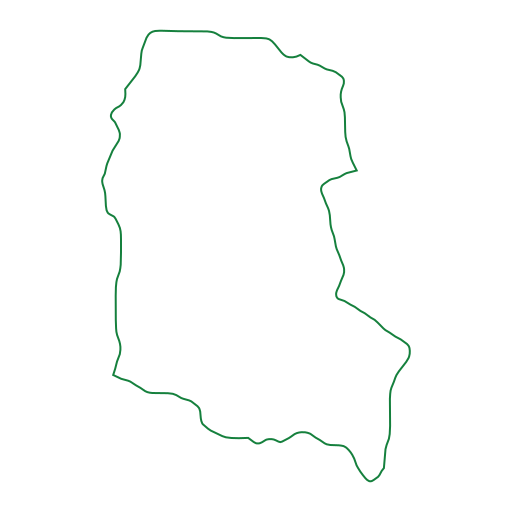 outline of El Cercado, San Juan, Dominican Republic
{"feature_id": "3306468B41168482841480", "entity_name": "El Cercado", "entity_type": "district", "adm_level": 2, "iso_a3": "DOM", "parent_name": "Dominican Republic", "parent_adm1": "San Juan", "projection": "equal_earth", "projection_center": [-71.477, 18.706], "detail": "fine", "context": "isolated", "style": "outline", "palette": "green", "viewbox_px": 512, "rotation_deg": 0, "n_neighbors": 0, "source": "geoboundaries", "source_scale": "gbopen_adm2", "svg_char_len": 3667}
<svg xmlns="http://www.w3.org/2000/svg" viewBox="0 0 512 512"><path d="M222.3,436.1L225.9,437.3L231.5,438.0L238.8,438.2L248.2,437.9L253.7,442.0L255.7,443.1L256.8,443.4L259.0,443.4L260.1,443.1L262.1,442.2L265.8,439.9L266.9,439.5L269.2,439.1L271.5,439.1L273.8,439.5L275.8,440.3L278.5,441.6L280.3,442.1L282.1,441.6L288.8,438.1L290.8,436.8L294.6,434.1L296.8,433.1L299.1,432.5L301.5,432.2L305.2,432.3L307.6,432.8L309.9,433.6L310.9,434.2L315.6,437.6L319.8,440.0L324.6,443.3L326.7,444.3L330.3,445.0L338.8,445.3L341.2,445.6L343.6,446.1L345.8,447.3L346.9,448.2L348.8,450.1L350.6,452.3L352.2,454.7L354.2,458.6L356.6,465.4L358.0,467.9L360.3,471.6L362.8,475.0L365.3,478.1L367.1,479.9L369.1,481.1L370.1,481.3L371.2,481.2L372.1,480.9L373.8,479.9L378.1,476.8L379.5,475.0L381.7,470.9L383.9,468.1L385.5,449.2L386.6,445.0L388.9,438.8L389.7,434.1L390.1,425.9L389.9,398.8L390.2,393.8L390.6,390.6L391.4,387.8L393.9,381.7L395.3,377.7L396.5,375.0L398.9,371.3L406.2,361.9L408.5,358.1L409.1,356.6L409.7,353.8L409.8,350.9L409.5,348.2L409.1,346.9L408.5,345.7L407.0,344.0L400.7,339.4L395.4,336.6L389.6,332.6L385.4,330.1L383.4,328.4L377.6,322.5L374.6,319.8L370.4,317.4L364.7,313.2L360.4,310.9L354.7,306.8L350.4,304.6L344.5,301.0L338.6,299.0L337.7,298.4L337.0,297.5L336.4,296.4L336.2,295.1L336.1,293.8L336.3,292.5L337.0,290.3L339.1,285.9L341.0,280.8L343.5,274.9L344.1,272.2L344.1,269.3L343.9,267.8L343.2,265.3L341.2,260.6L339.3,255.2L336.7,249.1L335.9,246.4L334.6,239.1L334.0,236.3L331.7,230.0L331.0,227.3L330.5,224.3L329.8,215.2L329.0,210.8L328.1,208.2L325.9,203.3L324.0,198.1L322.0,193.6L321.3,191.3L321.1,190.0L321.1,188.6L321.4,187.4L321.8,186.2L322.5,185.2L324.1,183.8L329.4,180.1L331.6,179.1L337.3,177.8L339.6,177.0L344.5,174.1L346.6,173.1L356.7,170.5L352.8,162.7L351.2,159.0L350.5,156.2L349.2,148.9L348.4,146.3L346.6,141.3L345.6,136.9L345.2,132.0L344.9,117.2L344.5,112.3L343.8,109.3L341.2,101.8L340.7,97.4L340.7,94.4L341.1,91.6L341.8,89.0L343.1,85.7L343.8,83.5L343.9,80.9L343.7,79.7L343.3,78.5L341.9,76.7L335.8,72.2L332.6,70.8L326.8,69.4L324.7,68.5L319.7,65.6L317.5,64.7L312.9,63.5L310.7,62.6L308.7,61.3L300.4,54.9L296.4,56.6L292.8,57.3L289.2,57.2L286.8,56.6L285.7,56.1L283.5,54.5L281.5,52.5L275.0,44.4L272.1,41.3L269.9,39.7L268.7,39.1L266.2,38.4L261.1,38.0L234.2,38.1L226.1,37.7L223.5,37.2L221.0,36.4L216.1,33.5L213.8,32.5L211.3,31.9L207.2,31.4L178.3,31.2L160.4,30.7L155.1,31.0L152.5,31.7L150.3,32.9L148.5,34.6L146.5,37.8L142.7,47.9L141.8,50.5L141.3,53.7L140.3,65.1L139.6,68.3L139.1,69.8L137.7,72.5L135.2,76.3L125.2,89.1L125.4,94.0L125.2,97.0L124.5,99.8L123.4,102.2L121.0,105.0L119.2,106.4L116.2,108.0L114.3,109.5L111.9,112.4L111.0,114.8L110.9,116.1L111.1,117.2L111.5,118.2L112.0,119.0L114.5,121.6L115.1,122.4L118.8,130.0L119.6,132.5L119.9,133.9L119.8,136.8L119.6,138.3L118.6,141.0L112.6,150.6L107.3,163.3L106.5,165.9L104.8,173.7L102.6,178.1L102.2,180.4L102.2,181.7L102.6,184.1L104.5,190.1L105.1,193.1L105.4,196.3L105.9,205.9L106.6,210.3L107.7,212.6L108.4,213.4L110.1,214.5L113.5,216.3L114.3,216.9L115.6,218.8L118.4,224.3L119.9,228.0L120.6,231.3L120.9,234.7L121.0,240.0L121.0,252.5L120.7,264.8L120.3,268.2L119.7,271.5L117.0,279.0L116.4,282.1L115.9,287.1L115.7,295.7L115.8,320.0L116.1,328.5L116.4,331.8L117.1,335.0L119.3,341.1L120.0,343.9L120.4,346.8L120.4,349.8L119.8,354.2L117.0,361.6L115.2,368.7L113.2,375.0L121.2,378.8L128.1,380.7L130.3,381.6L136.1,385.4L140.3,387.8L145.1,391.1L147.3,392.1L149.8,392.7L152.3,393.0L167.8,393.2L172.8,393.8L176.3,395.1L181.2,398.0L183.4,398.8L189.1,400.4L191.3,401.4L197.5,406.2L199.0,408.0L199.5,409.1L200.2,411.6L200.8,418.3L201.3,420.9L202.2,423.3L202.8,424.2L207.9,428.6L210.8,430.6L222.3,436.1Z" fill="none" stroke="#15803d" stroke-width="2"/></svg>